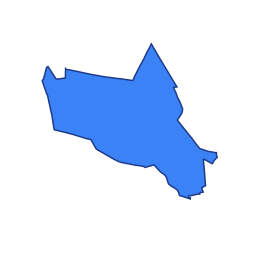 Pielesti, Dolj, Romania (Robinson projection), rotated 61°
{"feature_id": "2599482B41657054253301", "entity_name": "Pielesti", "entity_type": "district", "adm_level": 2, "iso_a3": "ROU", "parent_name": "Romania", "parent_adm1": "Dolj", "projection": "robinson", "projection_center": [23.982, 44.341], "detail": "fine", "context": "isolated", "style": "filled", "palette": "blue", "viewbox_px": 256, "rotation_deg": 61, "n_neighbors": 0, "source": "geoboundaries", "source_scale": "gbopen_adm2", "svg_char_len": 4002}
<svg xmlns="http://www.w3.org/2000/svg" viewBox="0 0 256 256"><g transform="rotate(61 128 128)"><path d="M93.8,193.4L100.8,185.7L106.8,179.4L109.5,176.8L110.7,175.7L111.6,174.8L113.3,173.1L116.5,170.2L119.3,167.1L120.1,166.3L120.2,166.1L121.2,166.0L121.8,166.1L122.4,166.1L122.6,166.1L123.1,166.1L124.0,166.0L126.1,166.1L126.9,166.0L127.6,166.0L128.2,166.0L129.0,166.0L129.6,166.0L130.1,166.0L130.4,165.8L130.7,165.8L130.9,165.9L131.3,165.8L131.7,165.6L143.6,158.4L148.8,155.3L149.7,154.6L150.6,154.0L151.3,153.5L151.7,153.3L152.1,153.1L152.5,152.7L153.3,152.1L154.4,150.9L155.2,150.2L155.9,149.5L156.5,148.6L157.6,147.3L158.6,146.2L159.3,145.2L162.4,141.6L164.0,139.7L165.3,137.9L167.4,135.2L169.7,132.5L170.4,132.3L170.8,132.2L170.8,131.8L171.0,131.1L171.2,130.4L171.9,127.3L172.4,125.3L172.7,124.0L172.7,123.9L172.7,123.7L172.6,123.4L172.6,123.2L173.4,123.0L174.9,122.6L176.3,122.3L177.5,122.0L178.4,121.8L179.3,121.6L180.3,121.4L181.5,121.0L182.4,120.8L182.8,120.6L183.6,120.3L184.7,119.6L185.3,119.3L185.8,119.1L186.3,118.9L186.9,118.7L187.4,118.6L187.9,118.5L188.4,118.4L189.1,118.4L189.6,118.4L190.0,118.4L190.6,118.5L191.6,118.7L192.3,118.9L193.0,119.0L194.3,119.3L194.7,119.4L195.0,119.5L195.3,119.5L195.6,119.5L196.0,119.5L196.5,119.6L196.9,119.5L198.0,119.0L198.4,118.8L198.9,118.8L199.0,118.8L199.2,118.7L199.6,118.5L200.2,118.2L200.8,117.8L200.9,117.6L201.3,117.4L202.1,116.9L202.6,116.6L204.3,115.8L205.3,115.4L206.0,115.1L206.9,115.0L208.8,115.0L210.0,115.3L211.2,115.6L211.9,115.7L213.3,114.4L214.9,112.9L218.3,109.7L218.8,109.2L219.7,108.4L220.3,107.9L219.9,107.6L219.7,107.5L219.2,107.3L218.7,108.3L218.3,108.8L216.6,107.9L217.0,107.3L217.3,106.8L217.6,105.9L218.1,104.4L218.5,103.2L219.1,100.7L219.5,99.5L220.0,98.5L220.6,97.3L219.5,96.6L219.6,96.1L220.0,94.9L220.5,93.3L219.7,93.2L219.2,93.1L218.3,93.1L217.1,92.8L216.7,92.5L216.0,92.3L216.0,91.9L216.0,90.7L216.0,88.1L211.7,86.2L206.5,83.8L202.0,81.7L199.7,80.7L198.9,80.3L198.4,80.1L198.1,80.0L195.9,79.1L193.1,77.8L192.2,77.3L191.4,76.9L191.6,76.9L191.9,76.8L192.2,76.6L192.4,76.5L192.6,76.4L192.9,76.3L193.3,75.9L194.4,75.2L195.3,74.6L196.0,74.2L196.7,73.8L197.3,73.5L198.1,73.0L198.7,72.5L199.7,71.9L200.1,71.6L199.8,70.9L199.5,70.5L198.7,69.3L198.1,68.4L198.0,67.9L197.8,67.2L197.5,66.3L197.2,65.2L197.0,64.6L196.8,64.3L196.8,64.1L195.6,63.9L194.4,63.6L193.2,63.1L192.7,62.8L192.4,62.6L192.3,62.8L192.0,63.3L191.8,63.7L189.7,66.1L189.1,67.0L188.7,67.5L188.3,68.0L188.1,68.3L187.9,68.5L187.4,69.1L186.3,70.1L183.2,73.0L182.0,74.0L180.9,75.2L179.5,75.4L177.9,75.7L175.6,76.1L172.4,76.6L167.8,77.1L162.6,78.1L160.1,78.5L158.6,78.7L156.2,79.2L149.5,80.3L145.0,81.0L142.2,75.7L141.3,74.0L139.8,72.4L138.2,71.3L137.6,70.9L131.1,70.1L127.0,69.8L125.0,69.9L123.4,69.5L120.3,69.0L118.7,68.9L116.3,68.7L114.6,68.5L115.2,66.7L115.8,65.3L81.4,66.5L67.6,66.8L65.8,66.8L66.0,67.2L66.8,68.3L69.1,71.7L70.8,74.5L71.7,75.9L73.0,77.6L73.8,78.7L74.1,79.2L74.8,80.0L75.1,80.4L75.4,81.0L76.9,83.3L77.6,84.3L78.0,85.0L78.4,85.7L79.2,87.1L79.9,87.9L81.4,90.4L82.3,91.6L82.6,92.2L82.8,92.3L83.1,92.7L84.2,94.4L84.6,95.1L86.0,97.1L86.8,98.1L88.0,99.6L88.8,100.7L88.0,101.9L85.5,105.1L83.6,107.7L81.9,109.8L78.8,114.3L78.3,115.1L77.5,116.0L76.7,117.1L75.1,119.2L74.3,120.3L72.9,122.3L71.5,124.1L70.0,126.1L69.5,126.7L68.3,128.0L67.4,129.1L67.1,129.6L66.6,130.2L66.5,130.3L62.1,135.6L58.8,139.4L52.0,147.2L50.6,148.9L49.6,150.0L47.8,152.2L46.9,153.5L45.8,153.8L53.8,158.5L51.6,164.8L51.1,165.4L50.8,166.2L50.6,166.6L50.4,167.1L35.4,168.2L35.5,169.1L35.5,169.4L35.6,169.6L35.6,169.8L35.8,170.0L36.0,170.3L36.5,170.7L37.2,171.5L37.6,171.8L38.7,172.9L39.0,173.2L39.8,173.9L40.9,175.0L41.6,175.7L42.8,176.8L43.5,177.6L44.3,178.3L44.4,178.6L44.6,179.0L44.7,179.5L44.9,180.0L45.0,180.0L48.0,180.7L51.5,181.3L54.5,181.8L55.2,181.9L59.0,182.6L60.2,182.5L60.9,182.7L61.6,182.9L64.2,183.7L64.8,183.9L68.3,185.0L69.2,185.2L75.4,187.1L80.0,188.4L86.0,190.6L86.4,190.8L89.5,191.9L93.5,193.3L93.8,193.4Z" fill="#3b82f6" stroke="#1e3a8a" stroke-width="1.5"/></g></svg>